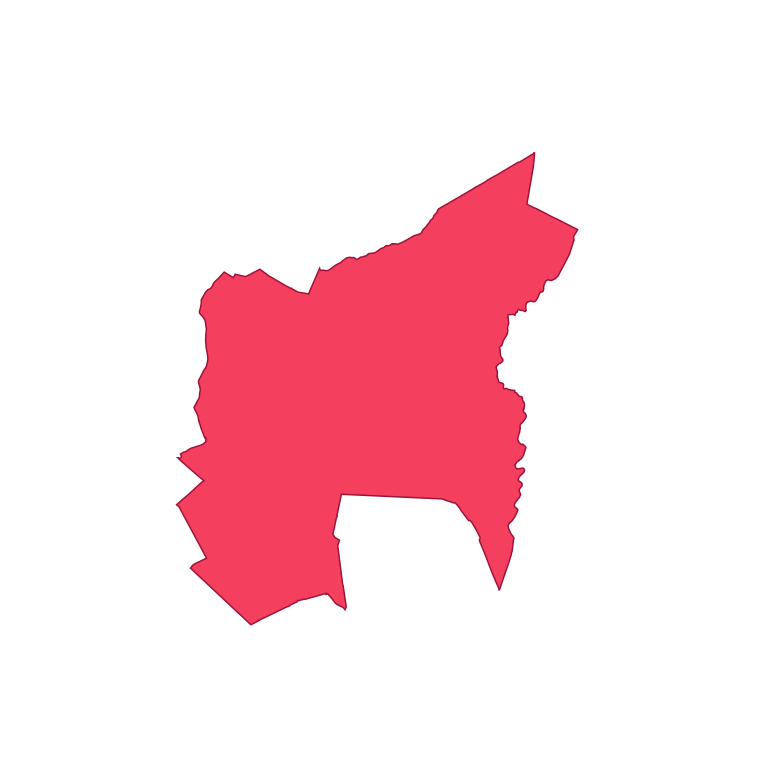 the district of Nieuwkoop, Zuid-Holland, Netherlands, rotated 299°
{"feature_id": "6326949B12363687207938", "entity_name": "Nieuwkoop", "entity_type": "district", "adm_level": 2, "iso_a3": "NLD", "parent_name": "Netherlands", "parent_adm1": "Zuid-Holland", "projection": "equal_earth", "projection_center": [4.798, 52.168], "detail": "fine", "context": "isolated", "style": "filled", "palette": "rose", "viewbox_px": 768, "rotation_deg": 299, "n_neighbors": 0, "source": "geoboundaries", "source_scale": "gbopen_adm2", "svg_char_len": 6147}
<svg xmlns="http://www.w3.org/2000/svg" viewBox="0 0 768 768"><g transform="rotate(299 384 384)"><path d="M232.9,245.4L228.9,243.5L226.9,241.5L224.0,239.9L223.5,240.5L223.4,241.3L221.9,242.2L220.2,241.8L220.1,241.1L219.8,240.9L219.9,240.1L219.6,240.0L219.4,239.5L218.5,243.1L215.6,256.0L213.0,268.3L212.1,273.5L210.0,272.3L193.5,266.8L177.9,261.1L177.5,262.2L177.5,263.8L145.7,313.2L134.0,305.0L132.4,304.5L129.1,304.1L108.9,384.3L117.0,389.7L117.6,389.8L121.1,392.3L141.6,406.8L144.2,409.1L144.8,408.8L151.6,413.7L153.2,413.8L153.2,414.2L153.5,414.8L157.0,418.3L157.2,419.1L172.6,434.7L171.8,435.2L172.2,435.7L173.3,436.3L170.9,442.7L168.7,448.0L168.4,449.9L168.6,450.9L168.5,452.3L168.8,456.5L167.7,459.4L170.8,459.0L187.7,446.1L188.4,445.2L220.9,421.4L221.1,421.7L225.8,420.8L226.0,415.6L227.7,412.2L243.3,407.4L245.3,407.3L246.0,407.0L246.1,406.6L266.9,400.2L311.7,490.6L312.6,496.7L312.9,497.8L313.0,498.1L313.8,502.8L314.3,503.1L314.4,504.1L313.6,506.9L311.9,510.7L311.3,511.9L311.0,512.0L305.8,523.7L305.6,524.1L305.9,524.4L306.2,525.2L306.2,525.9L305.5,527.9L301.1,535.5L296.6,542.1L296.3,542.5L295.2,542.9L293.7,543.1L292.8,543.9L285.8,552.8L271.6,569.7L267.2,575.3L267.2,575.7L266.1,576.6L261.1,583.2L260.5,583.9L259.1,584.6L260.8,584.6L288.9,579.6L296.6,578.0L298.8,577.1L299.2,577.3L300.0,577.1L310.6,572.7L311.7,572.6L312.5,572.0L312.9,571.4L314.9,567.0L317.1,564.3L317.0,564.2L319.1,562.0L320.7,561.0L322.0,561.0L323.6,561.4L323.7,561.2L323.9,561.5L326.7,562.3L330.7,562.8L336.2,562.5L338.3,562.3L339.1,561.6L339.0,561.4L339.4,561.3L339.7,559.8L339.7,558.7L339.9,558.1L341.1,556.9L342.1,556.3L345.7,556.5L347.0,557.0L348.7,556.9L349.9,557.3L351.2,557.4L351.8,557.1L353.2,557.3L354.3,556.4L354.2,556.3L355.8,554.2L357.1,553.5L357.9,553.4L359.6,553.8L360.8,553.8L361.7,554.1L362.7,553.7L363.3,553.0L363.8,553.0L364.4,552.1L364.4,550.5L364.7,548.8L364.6,548.6L365.4,547.8L367.7,547.2L368.6,547.5L369.2,547.4L371.0,547.9L371.1,548.1L374.6,549.1L375.5,549.1L376.8,548.7L377.9,547.2L377.9,546.6L377.3,545.5L375.1,542.9L374.2,540.8L375.1,539.0L376.6,538.3L376.9,537.8L377.2,538.0L377.9,537.9L380.4,538.1L381.4,538.6L381.8,539.0L382.5,539.3L382.7,539.1L384.4,540.0L385.9,540.4L390.2,540.5L391.6,539.9L393.5,539.8L395.5,539.2L396.4,539.2L397.4,538.8L397.6,538.5L397.9,538.0L398.1,536.9L398.2,536.3L398.5,535.3L398.3,535.3L398.3,534.2L397.8,534.0L397.8,532.7L398.3,530.7L398.6,529.9L400.6,527.7L402.4,526.9L408.2,525.8L410.1,524.9L410.7,525.0L412.0,524.2L412.2,523.7L413.2,523.5L414.2,522.9L416.6,523.2L416.7,523.5L418.9,524.0L419.5,523.9L421.6,524.4L423.7,524.4L425.3,523.7L426.7,522.1L426.7,520.9L427.6,519.3L428.7,518.6L429.4,518.7L429.9,518.5L429.6,518.2L432.3,517.7L433.8,517.1L435.3,515.9L436.0,515.1L436.0,514.6L437.1,513.0L438.4,512.0L438.8,512.0L439.6,510.9L439.6,510.4L439.0,508.7L438.9,507.9L439.1,507.2L439.5,506.7L439.4,506.4L440.4,504.7L440.2,502.9L440.3,502.4L441.5,501.8L441.7,501.2L441.2,500.1L440.2,498.3L440.1,497.8L440.3,497.6L440.2,497.3L439.6,496.1L439.5,493.3L438.2,491.6L438.1,491.1L438.4,490.3L441.5,488.9L441.9,488.3L442.1,487.7L442.0,486.6L441.2,484.0L442.3,482.4L443.6,481.4L444.0,480.7L444.3,480.5L444.5,479.8L445.2,479.3L445.5,479.6L445.8,479.5L446.5,478.7L449.1,477.6L450.1,476.9L452.6,474.2L453.1,473.9L455.2,473.9L455.2,474.1L457.3,474.7L458.8,475.8L460.6,476.6L461.8,476.7L462.7,476.4L463.4,475.7L464.3,473.6L465.3,472.1L469.3,469.6L470.5,468.7L471.0,468.0L472.1,467.3L473.0,467.4L474.8,468.3L477.1,468.0L479.5,467.3L486.4,467.6L487.6,467.5L490.6,466.5L492.4,465.1L494.8,464.1L496.5,464.0L497.2,463.8L501.8,460.7L502.0,460.4L501.9,460.0L503.0,459.9L504.2,459.0L504.8,459.2L505.4,460.0L507.6,463.4L507.6,465.2L511.1,464.7L511.3,465.5L514.3,465.2L515.1,468.8L515.7,470.1L515.7,471.7L516.0,472.5L517.5,472.6L518.1,471.9L520.0,470.7L522.2,469.7L523.6,469.5L525.4,469.9L526.5,471.1L527.4,471.7L527.8,472.2L528.3,474.6L528.6,475.2L529.5,476.1L530.4,476.4L534.7,476.6L537.5,476.2L539.2,476.1L540.3,476.6L541.7,477.9L542.4,478.1L543.7,477.9L545.5,477.1L545.8,476.7L547.4,476.3L547.7,476.0L551.3,475.6L552.8,475.7L553.5,476.2L554.6,476.6L555.4,479.9L555.8,480.3L559.0,482.7L562.6,483.8L576.7,483.6L587.9,483.2L601.7,480.4L602.0,480.5L604.5,478.4L607.3,478.3L609.2,478.5L612.9,478.5L612.1,455.3L611.7,450.0L611.5,440.1L611.2,431.3L610.9,430.6L610.5,421.8L646.9,409.1L654.0,406.0L657.4,404.5L657.2,404.3L659.1,403.7L658.9,403.0L657.8,403.1L654.6,401.0L653.4,400.5L644.8,395.5L643.9,395.2L643.4,394.1L621.2,381.1L616.7,378.2L612.4,375.7L610.3,374.8L600.2,368.5L596.3,366.4L563.5,346.8L562.3,346.7L559.8,347.0L555.1,346.0L552.6,346.5L550.6,345.6L548.9,345.2L546.2,345.3L544.9,344.8L542.4,344.6L537.9,343.3L536.3,343.2L534.6,343.5L533.1,342.9L529.9,340.1L529.0,339.0L526.8,337.5L518.2,332.3L513.8,329.0L512.5,327.6L512.2,325.8L511.2,324.5L510.7,323.2L510.2,322.8L507.3,321.4L506.2,319.0L505.8,318.5L503.5,317.9L500.9,315.6L495.0,312.8L494.0,312.0L492.2,309.5L490.5,307.4L489.8,307.0L487.2,306.3L486.3,304.8L484.7,303.7L483.5,301.9L482.0,301.3L479.7,299.8L479.5,299.1L480.0,297.4L480.0,296.4L478.8,294.5L478.4,292.9L476.5,290.4L471.9,288.1L469.7,287.5L464.9,284.3L457.5,280.9L456.1,279.9L455.0,278.3L454.0,275.4L452.7,273.8L452.9,272.8L454.0,271.6L426.2,274.3L422.9,265.0L422.7,263.5L422.6,257.3L422.9,256.9L422.5,256.5L422.3,251.1L422.8,228.7L422.8,228.3L423.1,228.3L424.2,219.8L410.8,210.9L407.8,200.6L404.0,200.8L404.4,190.0L395.6,187.8L390.7,186.2L388.9,186.1L386.4,186.4L384.1,186.1L382.8,185.6L381.2,184.3L379.3,183.7L376.7,183.4L369.0,183.4L366.3,184.9L364.7,185.5L361.1,186.7L357.9,187.4L357.1,187.9L356.4,188.6L354.8,193.3L353.2,196.2L352.4,197.1L345.8,202.1L340.3,204.5L335.4,207.0L333.4,208.3L332.3,209.2L330.6,210.1L322.5,216.6L319.7,218.2L313.9,220.0L312.0,220.1L308.0,219.8L301.7,220.1L298.1,220.1L296.9,220.3L295.2,221.2L292.1,224.3L290.0,226.1L286.4,227.3L283.0,228.9L281.6,229.1L277.2,229.0L274.7,229.2L272.5,229.0L271.3,229.3L270.1,230.7L269.5,231.8L265.7,236.9L262.7,239.2L260.6,241.1L258.9,243.2L257.0,245.0L250.1,253.3L250.8,253.7L249.1,255.5L248.6,255.1L247.4,256.3L246.6,255.8L243.5,254.8L242.9,254.3L241.0,252.8L234.2,246.3L232.9,245.4Z" fill="#f43f5e" stroke="#9f1239" stroke-width="1.5"/></g></svg>